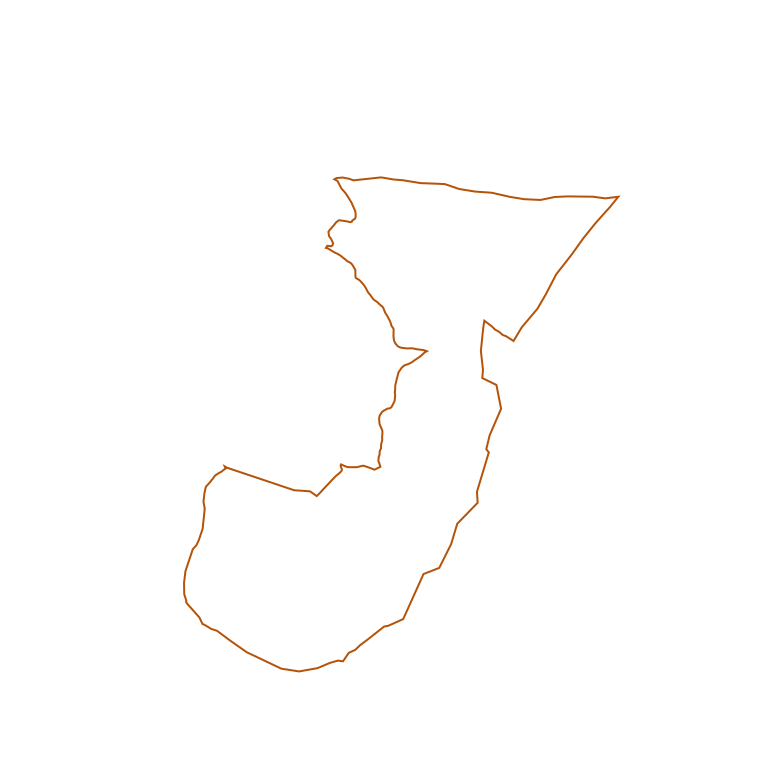 Oturkpo, Benue, Nigeria (Robinson projection), rotated 45°
{"feature_id": "59680162B20372712773645", "entity_name": "Oturkpo", "entity_type": "district", "adm_level": 2, "iso_a3": "NGA", "parent_name": "Nigeria", "parent_adm1": "Benue", "projection": "robinson", "projection_center": [8.02, 7.291], "detail": "fine", "context": "isolated", "style": "outline", "palette": "amber", "viewbox_px": 768, "rotation_deg": 45, "n_neighbors": 0, "source": "geoboundaries", "source_scale": "gbopen_adm2", "svg_char_len": 3642}
<svg xmlns="http://www.w3.org/2000/svg" viewBox="0 0 768 768"><g transform="rotate(45 384 384)"><path d="M398.2,678.1L400.8,678.6L418.5,679.6L425.5,682.1L426.6,681.4L435.1,679.3L440.4,676.6L457.4,674.1L476.7,670.7L489.0,666.3L512.7,657.9L525.4,648.6L527.2,647.3L537.9,631.9L543.0,619.4L547.0,612.2L551.1,609.1L549.2,599.0L551.7,592.3L551.8,585.4L553.0,577.3L555.6,555.4L558.0,551.9L563.8,536.6L546.3,490.4L553.1,475.0L544.7,449.8L534.6,431.0L534.2,401.8L525.9,394.4L506.5,358.3L502.4,357.7L495.0,345.6L484.3,318.7L464.2,305.2L449.3,310.3L444.1,304.1L429.1,292.1L414.6,274.3L410.2,268.3L419.5,267.0L424.0,267.0L428.6,265.7L433.3,265.4L436.4,263.9L445.2,262.0L441.3,246.4L439.3,222.4L435.0,206.1L428.2,184.6L427.2,176.4L425.3,160.6L424.1,153.2L421.9,140.0L419.9,121.6L419.2,110.4L418.7,99.6L417.3,85.9L409.1,96.4L400.9,102.6L399.2,103.9L381.0,121.7L372.6,130.9L364.5,143.2L360.9,146.5L352.3,154.3L340.5,162.8L324.9,172.6L317.2,179.3L312.5,183.4L299.2,193.0L285.7,199.6L278.9,205.8L267.8,216.1L253.1,226.7L246.2,232.6L235.9,239.9L220.5,259.0L218.4,261.6L214.3,263.5L208.7,267.3L204.8,272.0L204.2,274.3L207.6,273.3L215.7,275.9L221.5,276.2L226.5,277.2L232.7,278.7L239.4,281.3L241.6,282.2L243.8,283.9L245.9,286.0L246.6,287.7L246.0,290.8L246.5,291.9L245.9,293.2L241.4,296.2L236.4,300.0L235.8,303.4L236.3,307.1L236.7,313.7L237.1,315.7L240.6,318.3L244.0,318.8L248.5,320.5L249.5,322.2L249.2,324.0L247.5,325.3L246.2,326.4L246.7,328.8L247.9,328.0L250.5,327.3L254.2,326.4L257.4,325.5L259.3,324.7L262.6,324.0L264.2,323.7L265.8,323.7L267.4,323.4L269.2,323.2L270.7,323.2L272.2,322.8L273.6,322.3L275.2,322.0L276.7,322.0L279.4,322.6L281.5,323.2L282.9,323.5L283.3,323.8L287.1,327.5L288.2,328.5L288.8,328.8L289.8,328.8L292.6,328.0L294.4,327.9L299.2,328.2L301.3,328.5L304.0,329.2L306.7,330.1L308.9,330.6L311.2,330.7L312.6,331.0L315.2,331.4L317.0,331.6L319.8,331.1L321.5,330.8L324.9,330.8L327.5,330.5L328.5,330.5L329.7,330.7L331.7,331.6L334.6,332.8L338.5,333.6L340.6,334.3L344.3,335.5L348.3,337.6L351.4,338.1L352.4,338.8L356.9,343.5L360.2,346.1L362.7,347.1L364.7,347.4L366.4,347.5L367.8,347.4L369.8,346.6L371.6,345.4L375.6,342.2L376.2,341.5L377.7,339.8L379.7,338.0L380.3,337.7L382.2,336.5L383.3,335.7L387.6,332.3L390.3,330.8L391.1,330.5L390.5,332.4L390.4,333.4L390.4,334.6L390.2,337.7L390.0,339.7L388.8,345.6L388.3,349.0L387.2,352.4L385.7,355.5L385.1,357.0L385.0,360.1L385.5,362.7L385.9,364.8L386.2,365.9L387.2,367.4L388.9,370.5L391.3,374.3L392.4,376.2L393.2,377.3L394.4,378.5L395.6,379.8L397.5,382.2L398.8,383.2L399.8,384.0L401.1,385.6L402.3,387.0L403.3,388.2L403.8,389.4L405.5,394.6L405.6,395.5L405.2,397.3L404.3,398.3L403.8,399.2L402.6,403.3L402.4,405.0L402.7,406.7L403.2,409.1L403.7,410.1L404.6,411.5L405.8,412.6L408.7,415.1L409.5,415.6L412.5,416.8L415.5,418.0L416.2,418.5L417.0,419.2L417.8,420.1L419.0,421.4L420.1,422.8L421.0,423.6L421.9,424.4L422.6,425.2L423.9,427.4L424.9,429.1L426.3,430.4L427.5,431.9L428.1,433.5L428.8,435.0L430.5,436.7L431.1,437.6L431.9,439.4L434.5,442.5L436.4,443.2L440.0,445.1L437.9,451.3L433.7,453.1L427.4,456.2L426.6,457.1L423.7,461.9L422.4,463.3L417.5,468.1L416.3,468.9L414.0,469.9L410.5,471.2L410.8,472.1L411.7,472.9L414.3,473.9L415.1,474.7L415.5,476.0L415.5,478.2L415.0,483.8L415.4,498.6L415.7,506.6L415.7,510.8L407.6,512.2L401.1,517.8L395.7,522.6L332.2,554.2L329.6,554.9L331.8,555.8L331.3,558.6L331.1,561.0L330.4,562.9L329.5,567.0L329.3,568.5L329.9,571.6L330.0,573.3L330.2,574.9L330.4,575.8L330.6,580.4L330.6,582.1L331.6,584.2L334.4,588.4L339.6,594.9L345.4,598.9L358.2,614.7L363.5,625.5L365.3,630.5L365.6,636.0L376.0,656.8L383.3,666.1L391.4,673.9L397.4,677.0L398.2,678.1Z" fill="none" stroke="#b45309" stroke-width="2"/></g></svg>